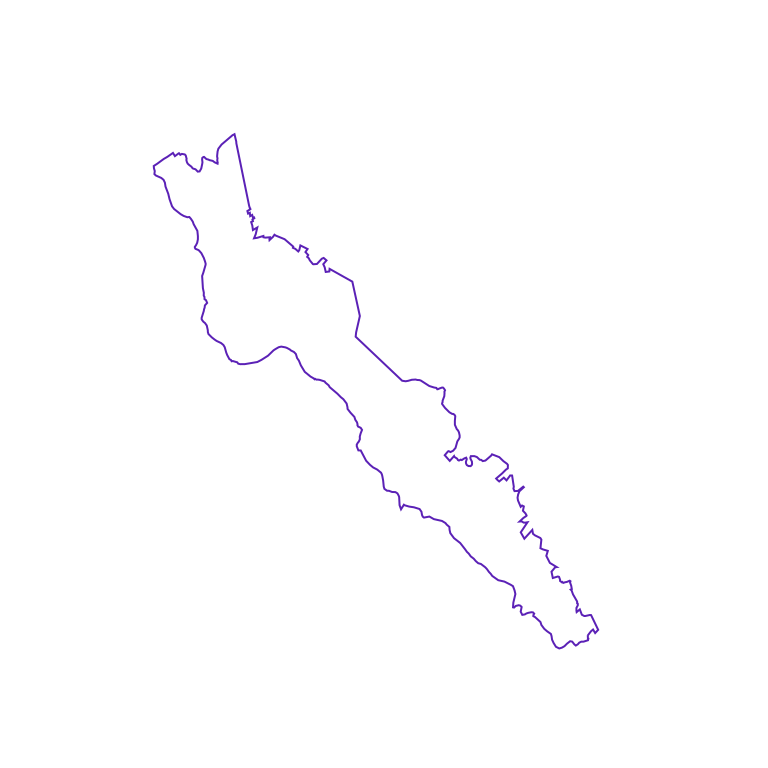 Cuichapa, Veracruz, Mexico (Equal Earth projection), rotated 30°
{"feature_id": "50627088B80295006421771", "entity_name": "Cuichapa", "entity_type": "district", "adm_level": 2, "iso_a3": "MEX", "parent_name": "Mexico", "parent_adm1": "Veracruz", "projection": "equal_earth", "projection_center": [-96.819, 18.77], "detail": "fine", "context": "isolated", "style": "outline", "palette": "violet", "viewbox_px": 768, "rotation_deg": 30, "n_neighbors": 0, "source": "geoboundaries", "source_scale": "gbopen_adm2", "svg_char_len": 6144}
<svg xmlns="http://www.w3.org/2000/svg" viewBox="0 0 768 768"><g transform="rotate(30 384 384)"><path d="M75.6,310.3L76.9,312.2L79.0,314.2L80.2,317.0L82.1,317.5L88.1,316.9L91.0,317.4L93.6,319.2L96.1,322.3L102.0,327.1L105.9,331.2L111.6,336.1L114.7,337.4L123.0,338.6L126.5,338.6L130.3,337.9L131.9,336.7L134.2,337.5L137.2,339.0L139.3,340.8L145.8,344.7L148.9,349.0L150.5,351.8L151.6,355.1L151.8,357.9L151.6,359.8L152.1,360.6L153.2,361.2L156.0,360.8L157.1,360.9L160.4,362.0L164.9,364.9L167.8,367.4L169.4,369.0L169.9,370.0L171.9,378.1L172.5,381.4L179.2,391.5L182.3,395.0L183.7,397.6L184.9,398.3L186.2,400.3L187.9,400.4L190.3,402.2L189.6,405.5L190.5,407.6L190.8,409.3L191.4,410.8L193.0,417.9L193.7,419.1L195.0,419.8L196.5,420.4L198.5,420.7L201.3,422.0L204.5,425.5L205.5,427.1L207.0,428.5L211.5,429.7L215.0,430.2L217.5,430.4L222.4,430.0L225.4,430.5L227.7,431.8L231.7,435.7L233.7,437.3L237.7,439.8L239.4,439.7L240.7,440.5L241.6,439.7L246.1,438.6L247.6,439.3L249.6,438.7L253.5,436.4L263.3,428.3L265.8,424.4L269.4,417.5L271.5,410.1L272.5,408.1L274.4,404.8L276.3,403.0L280.2,401.6L281.8,401.3L285.2,401.2L286.6,401.5L290.0,401.3L292.7,402.1L295.8,405.0L298.6,406.3L302.6,409.4L309.3,413.1L316.6,414.3L320.1,414.3L321.5,414.6L321.7,414.0L323.3,414.0L324.4,413.3L326.2,412.6L331.3,411.5L332.6,412.1L336.7,412.8L338.6,413.9L348.5,415.7L353.2,417.0L356.4,417.5L361.4,419.6L364.0,422.4L364.9,423.8L369.3,425.6L374.8,427.3L377.0,429.3L379.8,430.7L381.2,432.1L381.5,432.9L382.8,433.8L385.7,433.6L387.9,434.7L388.5,438.6L389.3,441.6L390.7,443.9L391.0,446.6L390.7,447.6L390.7,450.1L391.6,451.6L395.0,454.3L397.1,453.2L406.9,459.4L412.3,461.0L416.3,461.7L420.8,461.5L425.8,462.3L427.3,463.3L428.5,464.5L431.5,468.0L435.1,473.0L436.8,474.6L440.0,474.9L441.7,474.0L444.9,473.5L448.0,471.9L450.3,472.0L452.6,473.4L453.7,474.4L458.1,481.2L461.4,484.0L461.6,478.6L462.5,478.7L467.0,477.6L471.6,475.8L477.3,474.5L480.3,475.9L482.4,478.4L483.9,479.5L485.4,479.7L489.6,476.1L494.7,476.1L502.7,473.6L506.8,473.7L508.5,474.4L512.1,475.1L513.7,477.5L516.0,480.0L521.7,482.5L529.5,483.6L536.9,486.6L539.7,487.9L542.2,488.5L545.3,489.9L549.0,490.4L552.1,491.5L555.2,492.1L557.9,491.4L563.3,492.1L565.6,492.8L568.9,494.3L571.3,495.0L573.7,496.1L581.0,496.8L587.1,494.9L594.2,494.5L596.8,494.6L600.3,497.5L602.8,500.2L605.3,508.6L607.4,512.9L608.4,512.6L609.1,510.3L611.3,508.2L612.9,507.8L614.7,508.3L616.2,512.8L619.2,514.8L621.2,513.1L622.0,511.6L623.3,510.1L625.7,508.0L627.2,507.3L628.9,507.8L628.9,509.4L629.4,510.4L631.2,510.3L638.5,511.9L640.8,514.0L645.2,515.9L648.9,516.6L653.5,517.0L655.2,518.6L657.4,521.4L660.4,523.5L664.3,525.6L668.0,525.4L669.9,523.4L671.4,520.8L672.3,517.4L673.8,513.7L675.8,513.0L679.0,514.3L680.9,514.6L682.0,512.5L682.4,510.4L683.7,508.5L685.7,507.3L688.8,503.9L688.3,502.4L687.9,502.5L686.1,499.7L686.2,499.8L686.9,494.6L687.8,492.1L691.4,494.1L692.4,489.8L678.9,480.6L677.8,481.1L674.3,484.3L673.4,484.8L670.7,484.9L666.3,481.3L664.9,485.2L664.0,484.1L662.6,481.7L662.5,478.8L661.8,477.5L661.2,477.2L660.9,477.3L660.0,475.8L652.9,471.7L649.7,469.0L648.5,468.7L649.2,467.7L647.0,465.1L644.4,462.9L644.1,461.6L643.2,461.5L641.3,464.0L639.9,465.2L638.8,466.5L637.4,466.3L637.3,466.8L634.9,466.5L634.3,465.4L632.0,463.5L630.8,463.8L627.2,467.6L622.9,462.8L623.9,457.1L625.1,456.2L617.1,456.0L610.5,451.7L609.3,446.6L604.2,447.8L601.6,448.0L598.1,440.1L596.4,439.2L590.3,439.6L587.9,439.2L585.4,436.2L582.9,447.8L576.6,444.1L577.4,432.0L575.7,433.4L574.2,434.2L571.8,434.2L570.2,435.3L571.7,430.3L573.3,427.0L573.2,426.5L571.1,425.3L567.7,424.3L566.3,420.1L564.3,420.2L563.8,422.0L558.3,417.9L556.5,415.7L555.4,412.6L554.9,409.2L556.7,403.5L555.9,403.3L553.5,409.6L550.6,411.5L548.4,409.9L547.8,408.1L540.7,399.2L539.0,400.1L538.3,406.2L534.6,405.2L532.5,410.8L530.3,410.4L528.4,409.8L531.0,402.4L532.4,397.2L533.4,395.2L531.8,392.2L530.5,391.6L526.0,391.1L520.4,389.7L512.7,390.9L512.6,392.4L510.4,398.8L510.1,399.6L508.1,401.4L506.1,401.1L504.8,401.7L500.9,400.8L498.3,401.3L495.3,403.0L495.6,404.7L496.4,405.6L498.9,407.2L500.2,409.1L500.5,410.1L500.1,411.8L498.2,412.8L496.4,412.8L495.8,412.5L494.9,411.9L493.9,410.6L493.2,407.6L492.0,406.7L490.8,408.2L489.4,411.0L488.3,411.1L487.2,412.8L486.1,412.9L484.7,412.1L481.3,411.9L480.7,411.4L479.4,417.7L472.2,415.3L473.1,410.4L473.6,409.8L475.6,409.7L477.2,407.3L477.9,403.6L476.2,397.0L476.4,394.0L476.2,392.4L475.2,390.7L473.1,388.4L471.3,387.2L469.6,386.7L465.8,383.9L463.8,380.5L461.8,376.2L460.4,375.4L459.0,375.3L458.0,375.8L454.8,375.8L448.8,374.2L444.4,372.3L443.9,371.6L443.9,370.7L443.1,369.1L442.3,364.4L441.0,361.7L440.2,360.5L440.0,358.9L438.3,358.0L437.0,357.6L436.1,358.0L434.3,360.1L433.5,361.3L432.8,361.9L431.3,361.2L429.1,362.0L424.2,363.1L414.3,362.6L412.7,362.9L410.8,363.9L409.2,364.3L406.0,366.4L403.4,369.1L401.4,370.8L398.1,372.1L335.8,357.2L334.0,353.1L329.1,337.2L305.4,311.2L279.3,311.5L280.4,313.9L277.5,316.1L274.3,312.6L271.5,310.6L272.4,305.7L268.7,305.0L267.5,306.6L265.9,313.6L263.0,315.6L262.4,315.7L257.9,314.0L256.0,312.7L253.9,312.3L253.9,310.2L250.0,309.0L250.3,305.3L242.3,305.8L243.7,310.5L243.5,312.1L239.6,311.3L237.0,311.6L236.7,310.4L225.5,308.3L216.0,309.6L214.5,309.5L214.3,312.0L212.9,316.6L212.4,315.9L211.8,314.0L208.0,316.6L206.2,317.2L205.5,316.1L201.2,320.7L198.6,322.8L198.0,318.4L196.0,311.8L193.5,316.2L190.7,312.6L188.0,310.2L189.1,308.5L187.8,307.3L188.8,305.2L188.1,304.7L187.5,305.6L185.3,303.5L184.2,305.5L182.2,302.8L181.1,304.4L179.2,302.5L180.9,299.4L180.6,299.1L180.4,299.3L178.0,297.0L135.8,249.4L134.8,247.9L129.6,242.4L128.4,244.3L123.6,257.8L122.9,263.0L123.6,265.8L125.2,269.4L125.9,270.7L126.9,271.7L127.6,273.4L128.4,274.5L129.3,275.4L129.7,276.4L126.5,276.7L124.1,276.4L120.9,277.4L119.9,277.4L117.7,278.0L114.6,277.3L114.1,277.7L113.6,279.1L114.2,280.5L115.9,282.7L116.5,284.2L118.0,288.8L118.0,292.1L116.5,293.2L113.8,292.4L112.8,292.4L111.0,292.9L109.9,292.7L108.6,292.1L105.5,291.7L103.8,291.3L102.4,290.4L100.8,288.8L100.5,287.7L98.0,285.2L96.7,284.8L93.9,285.8L93.0,287.4L91.2,286.6L90.9,286.8L89.0,291.2L85.7,289.4L82.8,295.6L80.7,299.3L77.5,306.6L75.6,310.3Z" fill="none" stroke="#5b21b6" stroke-width="2"/></g></svg>